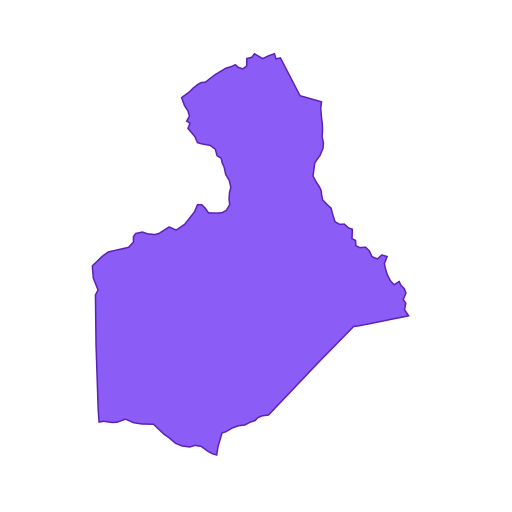 outline of Wenceslau Braz, Paraná, Brazil, rotated 189°
{"feature_id": "56859067B89117717047367", "entity_name": "Wenceslau Braz", "entity_type": "district", "adm_level": 2, "iso_a3": "BRA", "parent_name": "Brazil", "parent_adm1": "Paraná", "projection": "robinson", "projection_center": [-49.79, -23.87], "detail": "fine", "context": "isolated", "style": "filled", "palette": "violet", "viewbox_px": 512, "rotation_deg": 189, "n_neighbors": 0, "source": "geoboundaries", "source_scale": "gbopen_adm2", "svg_char_len": 1976}
<svg xmlns="http://www.w3.org/2000/svg" viewBox="0 0 512 512"><g transform="rotate(189 256 256)"><path d="M262.9,455.5L267.1,453.8L269.4,458.7L274.4,456.0L280.4,452.0L289.2,455.5L291.2,451.6L296.0,449.6L294.9,442.2L298.3,438.8L302.9,439.5L306.3,441.7L309.7,439.4L315.1,436.8L324.7,428.8L328.4,424.9L333.2,419.7L337.4,418.7L340.8,415.9L344.4,411.9L347.3,407.8L354.3,400.8L350.1,393.3L346.0,388.8L343.6,383.7L345.6,378.4L341.9,376.7L343.2,371.4L335.1,364.4L331.5,358.8L327.7,358.3L318.6,358.1L312.9,355.1L310.1,348.9L305.7,347.1L303.9,342.5L301.4,338.8L298.7,331.8L294.2,326.4L291.6,319.9L292.1,314.5L291.6,308.4L290.0,302.6L292.4,296.5L296.4,293.4L302.1,292.1L309.7,291.2L313.5,295.2L317.7,298.2L321.8,297.5L323.6,290.1L331.4,276.1L339.0,269.1L346.3,271.1L355.5,263.0L359.1,261.4L366.3,260.9L371.9,261.9L378.2,259.5L380.1,256.0L379.2,250.6L383.3,244.6L402.5,236.9L407.7,231.8L416.1,220.6L413.3,208.9L406.7,197.7L408.5,192.4L400.0,142.7L387.8,79.4L385.0,67.4L380.8,68.9L371.8,69.1L367.2,70.1L359.3,74.5L350.9,72.2L342.6,72.2L330.9,73.8L318.6,65.3L315.0,63.8L306.1,58.4L299.3,56.8L291.6,57.0L286.6,59.4L280.6,59.4L276.8,57.6L273.0,55.6L268.5,54.0L263.7,53.3L263.7,61.7L261.9,75.9L258.3,77.7L252.7,82.3L246.7,85.6L240.7,87.3L235.4,91.2L231.2,93.3L228.9,96.6L224.9,99.1L218.8,100.9L175.6,163.7L148.5,201.7L143.0,203.3L95.9,220.8L100.9,226.2L100.7,232.9L103.8,236.0L102.1,243.0L104.6,247.1L108.3,249.7L110.6,253.2L115.2,249.2L119.6,252.8L123.4,258.1L126.2,263.8L128.0,268.6L126.4,276.0L131.9,276.7L135.6,272.1L141.3,273.5L144.9,278.8L149.1,281.8L154.9,280.5L159.0,281.8L160.1,287.0L163.9,288.2L165.0,297.5L169.0,298.2L173.8,301.3L178.4,300.4L183.3,302.2L186.6,308.7L189.3,315.0L193.9,318.0L198.9,321.8L200.5,325.9L201.9,330.8L204.1,334.1L208.5,339.0L212.2,343.9L212.5,357.2L210.4,361.6L208.4,365.6L206.7,372.6L207.1,378.4L209.4,384.2L209.9,390.5L211.2,397.0L213.1,403.5L215.2,412.1L215.4,418.5L237.6,421.2L262.9,455.5Z" fill="#8b5cf6" stroke="#5b21b6" stroke-width="1.5"/></g></svg>